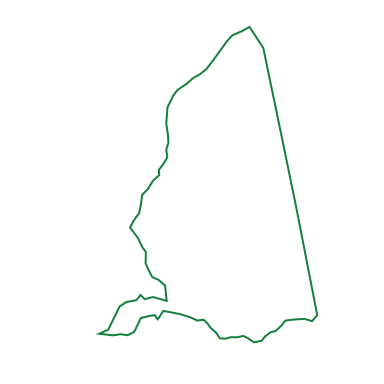 Cedro, Pernambuco, Brazil, rotated 263°
{"feature_id": "56859067B25789098180708", "entity_name": "Cedro", "entity_type": "district", "adm_level": 2, "iso_a3": "BRA", "parent_name": "Brazil", "parent_adm1": "Pernambuco", "projection": "albers", "projection_center": [-39.221, -7.727], "detail": "fine", "context": "isolated", "style": "outline", "palette": "green", "viewbox_px": 384, "rotation_deg": 263, "n_neighbors": 0, "source": "geoboundaries", "source_scale": "gbopen_adm2", "svg_char_len": 1149}
<svg xmlns="http://www.w3.org/2000/svg" viewBox="0 0 384 384"><g transform="rotate(263 192 192)"><path d="M62.6,82.7L59.3,96.2L59.6,103.4L57.7,110.7L60.2,117.6L65.6,121.1L73.2,125.9L74.1,134.5L74.4,140.0L69.8,142.5L77.4,149.1L74.7,157.8L72.2,165.2L67.8,175.1L63.7,181.7L63.9,187.8L59.9,191.2L55.2,193.7L49.5,198.8L43.4,201.7L42.3,207.8L43.2,212.8L42.3,219.1L42.9,225.5L39.9,229.9L35.2,235.2L35.9,243.2L39.6,246.8L43.1,252.6L43.9,258.1L48.7,264.7L53.0,268.9L53.0,277.2L52.4,288.0L49.2,295.4L54.4,301.3L161.2,293.8L230.7,288.2L239.2,287.5L326.3,280.3L348.8,269.2L345.5,260.9L342.7,251.3L337.5,245.2L320.3,229.2L312.3,221.3L307.9,214.2L305.2,207.5L300.2,200.0L295.1,190.1L290.1,185.2L278.9,177.9L273.2,176.9L263.8,174.9L258.0,174.9L251.7,175.1L243.8,174.6L237.0,171.6L229.6,171.8L223.7,167.4L218.1,161.9L212.8,161.5L207.9,154.6L200.5,148.8L195.3,142.2L186.0,139.8L177.5,137.0L171.0,130.9L164.3,126.2L152.8,132.8L143.0,136.1L138.1,138.9L126.9,137.3L120.4,139.2L112.4,142.2L108.9,148.0L102.4,153.9L87.0,153.6L92.5,140.5L91.4,132.0L96.0,128.3L91.4,123.7L90.8,113.4L87.2,106.2L65.6,92.1L62.6,82.7Z" fill="none" stroke="#15803d" stroke-width="2"/></g></svg>